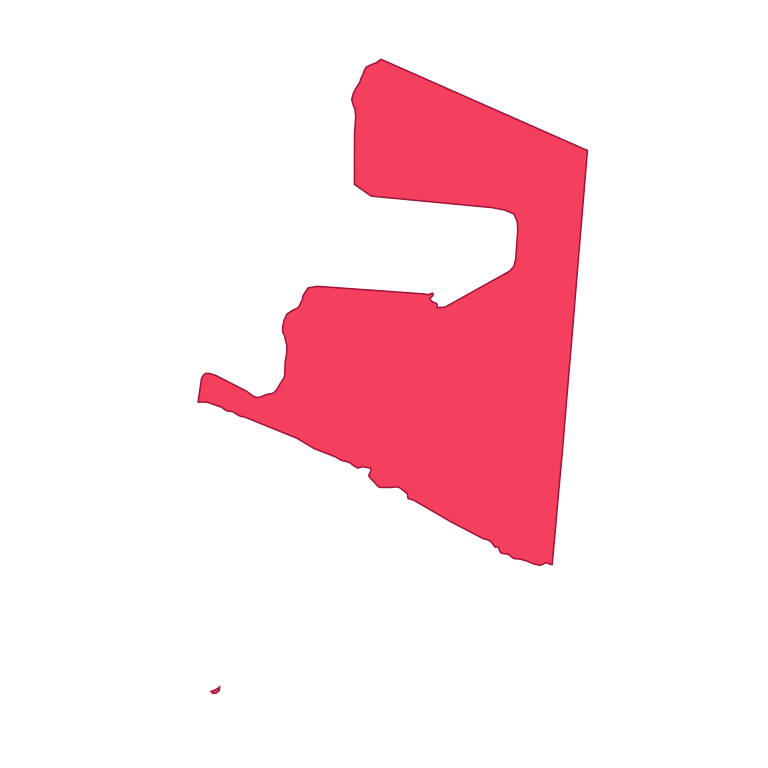 map outline of Sandaun (orthographic projection), rotated 185°
{"feature_id": "PNG-1241", "entity_name": "Sandaun", "entity_type": "Province", "adm_level": 1, "iso_a3": "PNG", "parent_name": "Papua New Guinea", "parent_adm1": "", "projection": "orthographic", "projection_center": [142.09, -3.55], "detail": "fine", "context": "isolated", "style": "filled", "palette": "rose", "viewbox_px": 768, "rotation_deg": 185, "n_neighbors": 0, "source": "natural_earth", "source_scale": "10m", "svg_char_len": 2167}
<svg xmlns="http://www.w3.org/2000/svg" viewBox="0 0 768 768"><g transform="rotate(185 384 384)"><path d="M201.7,634.5L201.5,597.1L201.4,566.2L201.1,492.7L200.9,462.9L200.8,427.7L200.7,389.7L200.4,332.0L200.6,288.8L200.6,254.9L200.7,224.2L200.7,218.9L202.9,218.8L206.5,220.2L212.6,217.0L219.3,217.8L226.3,220.1L233.4,221.4L238.8,221.4L240.9,222.2L242.4,223.1L243.5,224.1L244.7,224.8L246.7,225.3L251.2,225.5L253.1,226.1L253.9,227.2L255.7,230.9L256.6,232.0L258.9,231.1L264.0,236.4L267.9,238.0L271.6,238.5L305.3,252.5L344.5,270.9L349.9,271.9L350.5,273.2L350.6,274.9L351.3,276.7L359.1,282.0L362.6,282.6L369.1,281.4L379.0,280.6L380.8,281.4L390.3,289.8L391.2,291.5L390.8,293.0L390.0,294.9L389.5,297.0L389.9,298.8L391.1,299.1L395.6,299.5L397.2,299.9L402.9,298.0L406.7,299.8L410.6,302.2L414.4,303.5L418.4,303.9L421.0,304.7L425.9,307.1L447.6,313.4L466.2,322.4L486.0,328.5L520.2,339.0L524.0,339.4L526.0,339.9L531.8,343.0L534.0,343.3L536.5,343.4L538.9,343.7L543.9,346.7L557.9,350.3L561.8,350.3L567.6,349.8L567.6,350.5L566.3,373.5L564.5,377.3L562.3,379.1L559.8,379.3L557.1,379.0L552.2,377.8L520.4,364.9L515.2,361.6L512.7,360.3L510.4,359.7L508.2,359.7L506.0,360.3L501.4,362.7L499.1,363.7L494.3,364.9L492.1,366.6L490.1,369.4L487.5,375.3L484.6,380.6L484.0,382.3L483.7,385.0L484.4,397.9L483.7,405.0L484.0,412.9L484.4,415.0L485.7,418.0L487.1,422.9L487.7,424.3L489.2,426.3L489.6,428.1L490.0,432.2L489.1,438.9L486.6,445.5L481.5,449.4L475.9,452.8L472.6,461.3L472.6,464.0L471.5,466.7L468.0,473.2L458.5,475.5L352.7,477.2L349.8,477.1L348.4,476.5L343.7,478.8L342.7,477.6L343.5,475.7L346.0,472.9L343.6,470.5L340.5,469.5L338.0,468.2L337.7,464.6L334.5,465.4L333.8,465.1L331.2,465.7L329.6,466.1L268.7,507.4L264.9,512.5L263.7,520.2L264.2,549.2L265.5,557.5L269.4,564.7L279.0,567.8L291.4,569.1L413.1,570.0L430.9,580.3L435.2,630.8L435.5,647.7L436.8,655.0L439.3,660.0L441.0,664.7L440.0,670.4L438.8,674.0L434.6,682.1L434.3,683.2L433.9,685.4L431.4,692.5L431.3,693.5L429.8,697.6L426.7,699.9L419.8,703.3L415.3,707.2L206.7,636.0L201.7,634.5ZM521.3,67.9L521.4,64.2L524.0,61.6L527.3,60.8L529.6,62.7L528.5,63.1L526.0,64.3L523.2,66.1L521.3,67.9Z" fill="#f43f5e" stroke="#9f1239" stroke-width="1.5"/></g></svg>